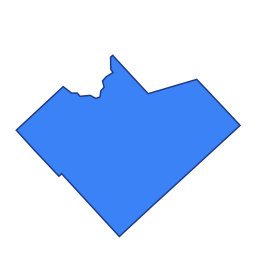 the district of Laclede, Missouri, United States of America, rotated 316°
{"feature_id": "52423323B33468312624541", "entity_name": "Laclede", "entity_type": "district", "adm_level": 2, "iso_a3": "USA", "parent_name": "United States of America", "parent_adm1": "Missouri", "projection": "equal_earth", "projection_center": [-92.56, 37.684], "detail": "fine", "context": "isolated", "style": "filled", "palette": "blue", "viewbox_px": 256, "rotation_deg": 316, "n_neighbors": 0, "source": "geoboundaries", "source_scale": "gbopen_adm2", "svg_char_len": 505}
<svg xmlns="http://www.w3.org/2000/svg" viewBox="0 0 256 256"><g transform="rotate(316 128 128)"><path d="M91.9,200.9L126.7,201.9L210.4,204.0L211.1,156.6L211.2,140.8L196.2,132.9L166.3,117.3L167.3,69.5L167.5,65.1L164.7,64.9L156.5,73.7L155.7,77.7L148.1,76.0L142.4,76.4L139.1,82.1L134.2,82.4L129.4,86.2L125.3,84.3L123.5,78.3L115.5,71.9L115.7,67.6L111.6,63.6L110.1,53.2L46.1,52.0L45.3,78.0L44.8,114.7L48.5,114.7L46.4,200.0L46.8,200.0L91.9,200.9Z" fill="#3b82f6" stroke="#1e3a8a" stroke-width="1.5"/></g></svg>